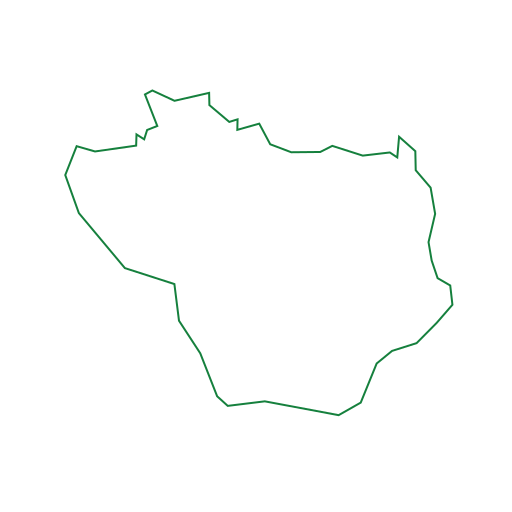 Oslomej, Oslomej, North Macedonia, rotated 100°
{"feature_id": "65306769B21440943325425", "entity_name": "Oslomej", "entity_type": "district", "adm_level": 2, "iso_a3": "MKD", "parent_name": "North Macedonia", "parent_adm1": "Oslomej", "projection": "robinson", "projection_center": [21.017, 41.59], "detail": "fine", "context": "isolated", "style": "outline", "palette": "green", "viewbox_px": 512, "rotation_deg": 100, "n_neighbors": 0, "source": "geoboundaries", "source_scale": "gbopen_adm2", "svg_char_len": 745}
<svg xmlns="http://www.w3.org/2000/svg" viewBox="0 0 512 512"><g transform="rotate(100 256 256)"><path d="M400.9,269.9L408.5,257.8L397.6,222.1L398.4,147.0L382.2,127.4L340.9,118.5L325.8,105.5L313.9,82.7L290.4,66.4L269.9,54.1L251.3,59.6L246.3,73.3L230.0,82.2L212.4,88.5L183.4,86.9L158.4,95.9L143.8,113.6L125.1,117.3L113.7,135.8L134.4,134.0L130.8,142.2L138.6,168.3L134.3,200.0L142.4,210.8L147.7,239.3L143.5,261.4L125.1,275.8L135.0,296.3L124.6,297.9L128.6,305.6L115.5,328.1L103.5,330.5L117.3,363.2L111.0,386.8L116.2,393.4L145.1,375.8L150.8,385.1L160.5,386.4L157.0,394.8L168.1,393.2L181.0,432.7L179.0,451.7L209.4,457.9L244.5,437.9L290.7,383.0L297.8,331.5L333.1,320.6L361.5,294.0L400.9,269.9Z" fill="none" stroke="#15803d" stroke-width="2"/></g></svg>